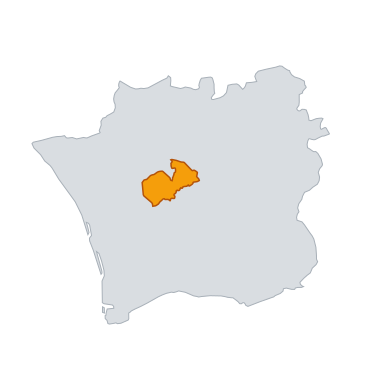 Marahoué on a map of Ivory Coast (Robinson projection), rotated 78°
{"feature_id": "CIV-3444", "entity_name": "Marahoué", "entity_type": "Department", "adm_level": 1, "iso_a3": "CIV", "parent_name": "Ivory Coast", "parent_adm1": "", "projection": "robinson", "projection_center": [-5.831, 7.116], "detail": "fine", "context": "in_parent", "style": "filled", "palette": "amber", "viewbox_px": 384, "rotation_deg": 78, "n_neighbors": 0, "source": "natural_earth", "source_scale": "10m", "svg_char_len": 5969}
<svg xmlns="http://www.w3.org/2000/svg" viewBox="0 0 384 384"><g transform="rotate(78 192 192)"><path d="M93.6,71.3L94.8,71.3L97.9,70.3L100.7,67.9L103.4,63.1L106.9,59.1L110.9,59.4L112.1,58.7L113.5,58.6L115.2,61.1L116.9,63.1L118.1,63.2L119.0,66.9L126.3,68.4L129.4,69.4L132.0,72.1L132.9,72.2L134.1,71.6L134.9,70.7L135.1,69.7L134.0,67.2L134.5,65.0L135.6,63.1L137.5,62.9L140.4,62.4L143.6,62.4L146.0,62.7L147.0,60.8L146.1,55.3L146.3,52.2L146.7,49.7L147.6,48.6L151.2,51.8L154.6,53.0L156.9,53.1L157.6,52.5L156.6,49.0L156.8,47.9L157.7,47.3L159.3,46.9L163.5,45.5L163.9,45.8L164.7,51.3L164.4,53.1L165.3,56.9L166.3,60.4L166.3,61.8L165.4,64.0L164.3,66.0L164.4,66.8L166.1,68.1L169.3,69.5L172.7,69.8L174.5,67.8L176.4,66.1L177.8,64.7L178.2,62.5L180.4,60.9L186.4,58.9L192.0,58.6L193.3,59.2L195.8,62.3L199.0,64.4L203.9,64.1L207.4,65.3L210.4,67.7L212.5,72.9L214.7,76.7L215.7,82.0L219.2,84.8L222.0,86.1L225.7,90.0L229.6,92.0L233.6,91.5L235.5,93.5L238.5,95.0L241.5,95.1L244.1,90.6L247.6,88.8L256.4,85.2L259.9,83.6L263.4,82.6L271.8,82.3L279.7,83.4L283.6,84.2L286.3,83.6L288.8,85.7L291.5,90.2L293.6,91.6L295.8,93.2L297.4,96.7L299.4,100.2L300.4,101.7L302.8,105.2L304.8,105.2L306.8,103.8L307.7,102.6L308.1,104.9L307.3,108.6L307.4,110.9L308.6,111.8L308.0,114.7L305.6,119.7L305.6,122.7L307.9,123.6L309.6,126.8L310.6,132.1L311.6,133.9L311.7,135.1L313.4,148.1L315.5,161.1L314.1,162.9L312.3,163.4L311.2,164.0L310.8,165.2L311.6,167.0L311.1,168.6L308.9,169.7L304.0,173.9L303.6,175.5L302.4,179.1L301.3,181.2L299.7,185.2L297.2,195.8L296.2,204.6L296.1,207.3L295.1,209.2L294.0,211.9L288.7,219.4L286.0,225.6L286.4,228.3L286.5,230.9L285.7,232.9L285.8,238.1L286.5,242.4L287.5,246.7L291.3,258.8L293.3,266.1L294.6,272.0L295.7,276.0L296.7,277.6L297.2,279.1L302.9,280.2L304.0,281.1L305.6,288.8L305.3,292.3L304.2,293.6L304.2,296.5L304.0,300.2L303.2,301.6L299.9,301.8L297.8,303.2L294.9,302.7L294.6,301.7L293.1,301.4L288.8,299.3L289.5,292.7L287.6,292.4L286.0,293.3L283.0,301.3L281.6,302.7L260.4,298.5L255.8,295.2L250.2,294.4L240.6,294.8L232.7,295.8L230.4,297.8L250.5,296.6L252.6,296.9L253.6,298.1L228.3,300.7L218.6,302.3L215.8,301.9L213.6,299.3L203.1,299.0L201.0,299.8L199.7,301.7L203.8,301.3L210.3,301.2L212.1,302.7L191.7,304.6L177.5,308.2L171.5,310.8L151.8,319.6L139.7,323.8L136.6,325.3L131.1,329.6L124.1,332.3L116.2,337.4L111.4,338.5L110.3,336.9L110.2,328.3L109.5,316.9L109.7,312.5L110.4,308.4L110.4,305.0L112.8,303.7L113.4,302.2L113.8,297.8L116.1,293.8L116.1,286.7L116.8,285.2L117.3,283.4L116.3,278.7L115.1,270.0L114.5,269.4L113.9,269.8L112.7,270.0L107.7,266.9L103.9,266.4L101.2,263.8L101.0,260.9L99.7,259.2L98.8,255.8L97.5,251.9L93.7,249.5L90.2,249.0L87.7,249.5L84.7,249.3L81.4,248.0L79.0,246.5L76.8,243.7L74.8,241.4L73.1,241.7L71.1,241.2L69.2,240.1L68.5,239.3L76.8,230.3L79.5,225.8L79.9,223.1L79.9,220.4L80.8,217.6L81.0,213.3L76.5,197.8L75.4,193.0L74.1,191.6L73.4,191.0L75.7,189.1L78.8,189.6L83.7,191.1L84.7,189.6L88.4,181.7L88.3,178.8L87.9,176.8L90.1,171.5L91.8,169.4L92.7,167.1L92.4,164.1L91.1,162.9L89.4,163.2L87.4,162.4L84.3,160.6L82.7,159.1L83.2,152.0L83.5,149.8L84.6,148.5L86.3,148.2L91.1,148.0L95.0,148.8L98.4,149.3L100.2,149.2L101.7,151.3L103.7,153.5L105.4,153.5L106.0,151.9L105.6,144.9L104.5,141.2L101.9,137.6L95.1,134.6L95.0,130.3L95.6,125.7L97.1,124.0L102.1,121.1L101.2,119.5L99.6,117.8L96.5,116.1L97.2,110.6L97.4,105.7L94.7,106.2L91.9,106.5L89.6,105.0L87.6,102.0L87.3,93.7L87.3,84.2L86.9,80.0L87.7,77.8L90.1,75.7L92.7,73.0L93.6,71.3ZM292.2,302.8L291.1,304.6L285.7,303.4L287.0,301.9L292.2,302.8Z" fill="#d9dde1" stroke="#a8b0b8" stroke-width="1"/><path d="M197.8,233.3L197.7,233.3L195.0,233.2L193.8,233.8L185.8,239.9L184.6,240.2L172.4,238.8L170.4,236.5L170.2,234.9L170.3,233.8L168.9,231.6L167.3,229.2L167.0,227.5L167.0,226.0L166.9,225.2L165.4,221.8L165.2,220.8L165.1,219.9L165.2,218.3L165.3,217.5L165.5,216.7L166.0,216.1L173.3,210.8L174.2,210.6L175.3,210.5L175.9,210.4L176.2,210.2L176.3,209.9L176.4,209.7L176.8,209.1L175.2,208.3L174.2,208.1L173.3,207.4L172.8,207.1L171.0,206.0L169.9,205.6L169.6,205.4L169.4,205.1L169.2,204.5L168.9,204.0L167.1,203.5L166.3,203.4L165.7,203.4L165.1,203.6L165.0,203.8L164.9,204.0L164.9,205.3L164.9,206.1L164.6,206.7L163.8,206.9L163.0,207.0L161.9,207.0L160.5,206.7L159.9,206.7L159.5,206.5L159.3,206.3L159.0,205.9L158.7,205.5L158.3,205.2L157.9,205.1L157.4,205.3L157.0,205.6L156.1,206.0L156.0,205.0L157.9,200.6L160.1,197.0L160.6,195.9L160.9,194.7L161.3,193.7L161.9,193.2L169.8,188.3L170.9,187.5L171.1,187.3L171.2,187.0L171.2,186.8L171.1,185.9L171.1,185.6L171.3,185.1L172.4,183.9L173.7,182.8L174.2,182.7L174.7,182.9L177.8,184.2L178.6,183.9L179.3,183.5L180.1,182.9L180.7,182.7L181.1,182.6L182.3,182.5L182.8,184.2L182.9,185.0L182.7,188.0L182.7,188.5L182.8,188.8L183.0,189.0L183.4,189.2L183.6,189.2L184.0,189.6L184.5,190.3L185.2,192.0L185.5,192.8L185.6,193.4L185.5,193.6L185.4,193.8L185.2,193.9L184.8,194.0L184.5,194.0L184.6,194.8L184.7,195.0L185.3,195.8L185.0,198.7L185.1,199.6L185.3,200.0L185.5,200.1L185.8,200.2L186.2,200.6L186.2,200.9L186.2,201.2L186.1,201.4L185.8,201.7L185.6,201.9L185.6,202.1L185.7,202.3L186.0,202.6L186.2,202.8L186.3,203.0L186.5,203.1L187.1,203.3L187.3,203.5L187.5,203.8L187.8,204.3L187.8,204.6L187.7,204.9L187.6,205.3L187.7,205.5L187.4,205.9L187.2,206.0L187.2,206.4L187.5,207.0L187.8,207.3L188.0,207.3L188.3,207.3L188.5,207.4L188.8,207.5L189.5,208.1L190.0,208.5L190.1,209.0L190.2,209.5L190.4,209.8L190.8,210.1L191.0,210.2L191.3,210.2L191.5,210.2L191.9,210.1L192.0,210.0L192.2,209.8L192.4,209.7L192.8,209.7L193.0,209.7L193.3,209.8L194.4,210.3L194.5,210.5L194.6,210.8L194.3,212.1L194.0,212.7L194.0,213.0L194.0,213.3L194.1,213.8L194.3,214.2L194.5,214.4L194.7,214.5L194.9,214.7L195.1,214.7L195.9,215.0L196.0,215.2L195.9,215.4L195.8,215.6L195.6,215.7L195.2,216.0L194.7,216.2L194.5,216.7L194.3,217.0L194.0,218.4L193.9,219.1L193.7,219.9L192.8,220.6L192.8,221.5L193.1,222.3L194.2,223.8L194.5,224.8L194.9,225.3L196.8,227.4L196.9,227.8L197.4,228.9L197.8,230.0L197.9,230.9L197.8,233.2L197.8,233.3Z" fill="#f59e0b" stroke="#b45309" stroke-width="1.5"/></g></svg>